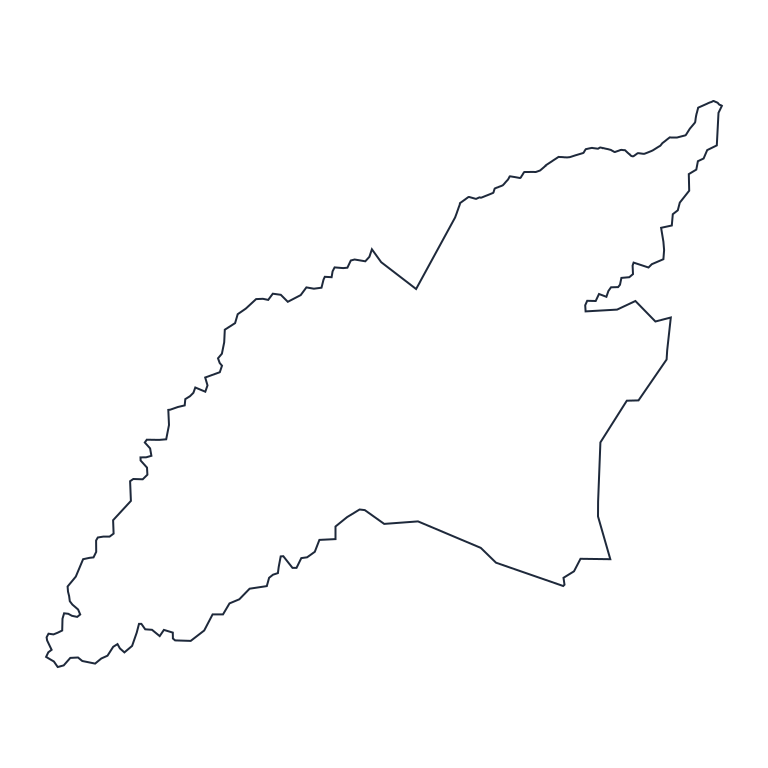 outline of Miguelete, Colonia, Uruguay
{"feature_id": "84410073B28336448089611", "entity_name": "Miguelete", "entity_type": "district", "adm_level": 2, "iso_a3": "URY", "parent_name": "Uruguay", "parent_adm1": "Colonia", "projection": "robinson", "projection_center": [-57.58, -34.054], "detail": "fine", "context": "isolated", "style": "outline", "palette": "slate", "viewbox_px": 768, "rotation_deg": 0, "n_neighbors": 0, "source": "geoboundaries", "source_scale": "gbopen_adm2", "svg_char_len": 5910}
<svg xmlns="http://www.w3.org/2000/svg" viewBox="0 0 768 768"><path d="M168.3,409.9L169.0,425.0L166.2,439.3L159.1,439.9L146.8,439.7L144.8,442.5L150.1,448.4L151.4,455.8L146.2,457.3L140.5,457.4L140.6,460.5L147.0,467.6L147.4,474.7L142.7,479.3L133.3,479.0L130.1,481.2L130.9,500.9L113.1,520.2L113.6,533.6L109.6,536.6L103.3,536.6L97.8,537.5L96.1,540.5L96.2,551.9L93.5,557.4L89.7,557.8L83.1,559.2L75.8,576.6L67.6,586.5L68.0,591.6L69.1,596.0L69.8,601.2L72.4,604.6L78.1,609.5L80.2,614.5L77.2,616.9L71.9,615.8L68.3,613.8L64.1,613.3L62.5,618.7L62.2,630.5L57.7,632.7L53.5,634.4L48.5,633.7L46.6,637.3L47.1,640.4L49.2,644.8L51.6,649.8L48.3,652.3L46.1,656.9L49.6,659.0L53.9,661.5L57.7,667.0L63.7,665.4L70.3,657.9L78.0,657.5L82.3,661.0L95.1,663.6L101.3,658.5L107.5,655.7L113.2,646.8L117.5,644.1L119.9,648.4L124.4,652.4L132.1,645.9L136.7,632.7L139.0,623.9L141.4,623.9L145.2,629.3L152.0,629.8L159.7,636.1L163.9,629.9L172.8,632.6L172.9,638.5L175.1,640.4L190.7,640.9L204.2,630.5L212.6,614.4L223.0,614.4L229.5,603.4L239.3,599.3L249.6,588.7L266.8,586.1L269.1,577.8L273.0,574.7L277.9,573.1L278.7,567.0L280.7,556.4L283.3,556.2L292.5,567.9L296.5,567.9L301.3,558.1L307.1,557.3L314.8,551.8L319.4,539.9L335.5,539.1L335.5,526.5L347.1,517.1L359.6,509.5L364.8,510.1L384.2,523.9L418.0,521.4L480.8,547.9L496.0,562.7L563.2,586.0L564.5,584.7L563.5,577.8L574.0,571.3L580.5,558.8L610.3,559.2L598.0,516.4L598.1,501.5L600.4,442.4L626.8,400.7L638.5,400.4L666.6,359.5L667.2,350.2L670.8,317.5L655.4,321.5L635.4,301.0L617.1,309.6L585.6,311.4L585.2,305.3L587.2,300.8L595.7,301.0L599.0,294.0L606.4,296.8L608.4,291.0L611.0,287.3L618.1,287.1L620.0,284.7L621.4,277.9L629.3,277.2L633.0,274.1L632.6,265.6L633.6,262.6L648.5,267.5L651.8,264.2L663.4,259.2L664.1,250.1L663.4,241.7L661.1,227.8L671.8,225.5L672.8,214.2L677.8,210.3L679.8,202.6L689.2,190.7L688.8,174.1L696.3,169.6L697.9,161.2L703.6,158.5L707.2,150.1L716.8,145.4L718.5,112.8L721.9,105.8L721.5,105.5L720.2,105.0L719.7,104.8L719.4,104.7L719.2,104.5L718.8,104.1L718.1,103.3L717.7,102.8L717.5,102.7L717.3,102.6L716.4,102.2L715.2,101.7L713.7,101.0L713.3,101.0L713.2,101.0L712.7,101.3L712.0,101.7L711.1,102.1L710.0,102.4L709.3,102.7L708.3,103.1L707.1,103.7L703.3,105.4L701.5,106.2L698.3,107.6L698.2,107.7L698.1,107.8L698.0,108.0L698.0,108.4L697.9,108.8L697.4,110.7L696.9,112.7L696.6,113.6L696.4,114.3L696.4,114.6L696.4,114.8L696.2,115.3L695.7,118.2L695.5,119.9L695.2,122.0L695.0,122.4L694.9,122.6L694.7,122.9L690.0,128.5L689.7,128.9L686.3,134.3L686.0,134.8L685.7,135.1L685.2,135.4L678.2,137.2L677.6,137.4L677.0,137.5L676.5,137.5L671.0,137.5L670.0,137.4L669.7,137.4L669.6,137.5L667.4,139.2L666.5,139.9L665.3,140.9L663.6,142.2L662.3,143.2L662.0,143.6L660.6,145.4L660.4,145.6L660.2,145.8L659.5,146.2L658.3,146.9L655.6,148.6L652.9,150.3L652.3,150.6L651.2,151.1L647.0,152.8L646.7,152.9L646.2,153.1L644.9,153.6L644.5,153.7L644.3,153.8L643.8,153.8L643.2,153.8L642.4,153.7L638.8,153.2L638.1,153.2L637.8,153.2L637.6,153.3L637.4,153.4L634.1,155.8L633.8,156.0L633.4,156.2L633.1,156.3L632.9,156.3L632.6,156.3L632.2,156.2L631.5,156.0L631.2,155.9L630.9,155.6L630.0,154.8L629.8,154.4L629.7,154.3L629.5,154.2L629.4,154.2L629.0,153.9L628.2,153.2L627.2,152.3L626.5,151.6L625.8,151.0L625.5,150.6L625.3,150.4L625.1,150.3L624.9,150.2L623.9,150.1L623.6,150.1L623.3,150.1L623.1,150.1L621.9,149.9L621.7,149.9L621.3,149.9L621.0,150.0L620.4,150.0L619.8,150.3L619.5,150.4L618.4,150.8L615.2,151.9L615.0,152.0L614.7,152.0L614.1,151.8L613.1,151.2L612.1,150.7L611.2,150.1L610.7,149.9L610.4,149.8L610.0,149.7L609.2,149.5L608.2,149.2L605.3,148.6L603.7,148.2L603.4,148.1L602.7,148.2L602.4,148.0L602.2,147.9L601.9,147.8L601.6,147.8L600.8,147.6L600.5,147.5L600.3,147.5L600.2,147.5L599.7,147.7L598.7,148.3L598.3,148.6L598.0,148.7L597.7,148.7L596.3,148.5L593.2,148.1L592.1,147.9L591.8,147.9L588.8,148.5L587.1,148.9L586.0,149.1L585.8,149.2L585.4,149.7L585.1,150.2L584.7,150.8L584.1,151.9L583.7,152.5L583.5,152.8L583.3,152.9L582.9,153.1L578.2,154.5L576.9,154.9L575.5,155.3L570.6,156.9L569.9,157.1L569.5,157.2L568.0,157.3L567.5,157.4L566.9,157.4L564.3,157.3L563.6,157.2L562.1,157.1L559.5,157.0L558.8,156.9L558.6,156.9L558.4,157.0L556.3,158.4L553.2,160.4L552.2,161.1L551.3,161.7L549.3,163.0L546.1,165.1L545.7,165.4L545.5,165.6L545.5,165.8L545.5,166.0L545.2,166.1L544.9,166.3L544.7,166.5L544.2,167.0L543.6,167.5L540.2,170.4L540.0,170.5L539.8,170.6L536.1,171.9L535.8,172.0L534.8,172.0L532.8,171.9L528.2,172.0L526.5,172.0L524.8,172.0L524.5,172.0L524.2,172.1L524.0,172.3L523.6,172.9L522.1,175.4L521.7,175.9L521.5,176.3L521.0,177.2L520.7,177.5L520.5,177.8L520.3,177.9L520.1,177.9L519.9,178.0L515.0,177.1L510.0,176.3L509.9,176.3L509.7,176.4L509.6,176.5L509.5,176.8L509.3,177.2L508.6,178.5L508.2,179.2L507.9,179.7L507.3,180.3L505.3,182.5L504.5,183.5L503.1,185.0L502.6,185.4L502.1,185.6L501.2,186.0L499.0,186.8L497.9,187.3L496.9,187.6L495.0,188.4L494.8,188.5L494.6,188.8L494.3,189.7L493.6,192.0L493.5,192.4L493.3,192.7L493.2,192.8L492.9,193.0L492.1,193.3L489.7,194.3L486.7,195.5L485.9,195.8L483.2,196.9L481.4,197.6L480.9,197.7L480.6,197.7L480.4,197.6L480.1,197.5L479.9,197.4L479.6,197.4L479.4,197.4L476.7,198.6L476.4,198.8L476.1,198.8L475.9,198.8L475.6,198.8L469.2,197.0L468.9,197.0L468.7,197.0L468.2,197.2L460.6,202.7L460.1,203.0L459.9,203.3L459.9,204.0L459.8,204.4L459.4,205.6L458.7,207.4L458.0,209.5L457.4,211.1L456.8,212.9L455.2,217.2L455.2,217.3L416.1,289.0L381.2,262.2L371.9,249.3L369.4,256.8L365.3,261.3L354.6,259.5L350.8,260.5L347.4,267.7L343.2,268.1L334.6,267.4L332.6,271.3L331.6,277.2L324.8,276.8L323.5,279.7L321.5,287.7L313.9,288.7L306.4,287.4L300.7,295.1L287.8,301.8L280.8,294.8L272.8,293.7L268.2,299.9L262.9,298.8L256.1,299.1L245.8,308.6L237.7,314.2L235.1,323.1L224.8,329.7L224.2,342.3L221.9,353.7L218.0,358.3L219.7,363.0L222.0,365.7L219.8,372.2L205.2,377.5L207.5,385.4L205.3,391.7L201.7,390.2L195.3,387.5L193.4,392.8L190.0,396.2L185.3,399.1L184.7,405.4L177.9,407.0L170.2,409.7L168.3,409.9Z" fill="none" stroke="#1e293b" stroke-width="2"/></svg>